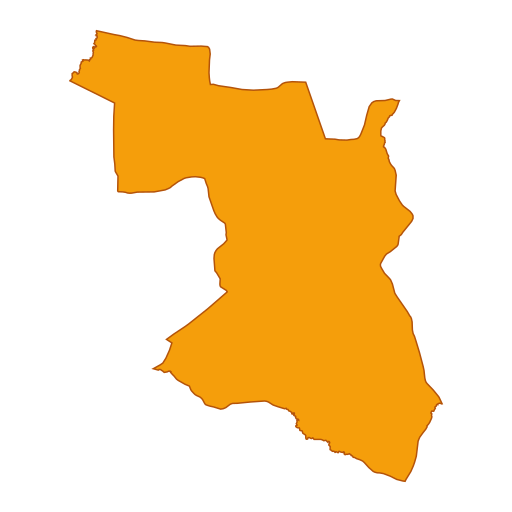 outline of Mueang Roi Et, Roi Et, Thailand
{"feature_id": "78962969B98295189925556", "entity_name": "Mueang Roi Et", "entity_type": "district", "adm_level": 2, "iso_a3": "THA", "parent_name": "Thailand", "parent_adm1": "Roi Et", "projection": "orthographic", "projection_center": [103.568, 16.014], "detail": "fine", "context": "isolated", "style": "filled", "palette": "amber", "viewbox_px": 512, "rotation_deg": 0, "n_neighbors": 0, "source": "geoboundaries", "source_scale": "gbopen_adm2", "svg_char_len": 5933}
<svg xmlns="http://www.w3.org/2000/svg" viewBox="0 0 512 512"><path d="M442.1,403.8L439.0,397.2L438.2,396.1L433.3,390.1L427.0,383.5L426.0,382.1L425.4,380.6L424.8,378.0L424.0,370.5L423.2,366.7L419.5,352.7L416.3,342.1L414.5,336.4L413.1,333.5L412.4,330.0L412.1,321.9L411.4,318.6L410.6,316.8L409.7,315.8L407.3,311.6L397.1,296.9L394.8,293.2L392.4,284.0L390.6,279.9L389.5,278.5L384.5,273.3L381.6,268.4L380.5,266.2L380.4,264.4L380.7,263.4L384.7,256.2L386.5,254.0L390.4,251.6L396.8,246.4L397.7,245.2L398.1,244.2L399.1,237.0L399.1,236.3L401.3,234.6L402.7,232.4L411.6,221.4L413.0,218.5L413.0,215.8L412.3,214.2L410.1,211.4L403.7,206.4L402.2,204.9L399.5,200.9L396.1,194.4L395.1,190.9L396.2,175.2L395.2,170.7L394.5,168.8L393.9,167.9L391.9,165.8L390.8,164.4L389.4,161.8L388.9,159.5L388.2,158.2L388.6,156.1L387.2,153.7L385.8,149.2L384.5,147.3L384.1,147.3L383.5,146.8L383.6,145.8L384.3,144.4L384.6,142.8L385.1,142.5L384.9,141.7L385.1,140.9L384.7,140.1L384.8,138.8L384.5,137.7L382.2,136.4L381.1,136.0L380.8,135.3L380.8,131.0L381.5,128.0L382.4,127.0L384.4,125.2L385.1,123.8L385.2,123.0L386.3,122.1L387.5,119.9L388.1,118.2L389.6,116.6L389.7,115.8L390.2,115.5L392.0,115.3L392.4,114.2L393.1,113.7L394.4,112.1L396.4,108.4L398.2,103.6L398.2,103.0L399.4,100.6L395.6,100.5L392.4,99.0L391.0,99.1L385.1,100.5L376.2,100.8L373.7,101.6L371.8,102.9L369.2,106.6L366.7,115.3L364.5,124.9L361.1,133.5L360.1,135.6L359.2,137.0L358.3,137.9L357.2,138.6L354.1,139.3L350.9,139.5L346.9,140.1L339.1,139.9L335.1,139.2L325.4,138.8L305.7,82.2L292.2,81.7L287.3,82.2L285.4,82.5L283.1,83.3L282.2,83.8L278.2,87.3L276.4,88.2L271.7,89.1L267.4,89.5L253.4,90.2L242.0,89.5L230.9,87.5L218.5,85.7L213.4,84.3L210.4,84.5L209.7,81.0L209.3,77.5L209.0,72.7L209.5,59.9L210.2,54.0L209.6,49.2L208.6,47.4L207.5,46.6L201.2,46.1L190.0,46.3L185.4,45.6L175.9,45.1L165.4,43.0L162.1,42.5L154.6,42.2L144.8,40.9L138.5,40.5L135.2,40.1L126.9,37.4L119.8,35.6L114.2,34.6L96.5,30.7L96.3,31.2L96.8,31.5L96.4,32.3L97.1,33.8L95.9,35.0L96.3,35.2L96.3,35.8L97.1,35.9L97.3,37.4L96.9,38.1L96.0,38.5L96.2,39.7L95.8,39.8L95.4,40.3L94.8,40.3L94.6,42.7L93.9,43.7L95.1,44.5L95.4,45.3L96.4,46.0L96.5,46.4L96.3,46.7L95.6,46.5L95.1,47.3L94.5,47.6L93.9,47.4L94.1,46.7L93.9,46.5L93.2,46.8L92.7,47.5L92.8,48.0L93.8,48.5L93.0,49.0L93.7,50.0L92.8,50.9L93.4,52.3L93.1,53.6L93.1,55.1L92.1,57.3L91.6,57.9L90.4,58.1L90.6,59.1L89.7,59.6L89.6,60.0L89.7,60.4L89.3,61.0L88.5,60.2L88.2,60.1L85.7,59.9L84.3,60.0L83.4,59.7L82.5,60.0L82.9,61.2L81.2,62.1L81.2,63.3L80.1,65.3L80.1,67.4L80.4,68.4L79.5,69.5L79.5,70.4L79.0,71.4L79.3,72.3L78.7,73.5L78.3,73.8L77.3,74.0L77.0,73.5L76.9,72.6L75.3,72.0L74.1,71.8L73.4,72.8L72.7,73.1L72.1,73.7L72.2,75.1L72.1,75.9L72.5,77.0L71.8,78.7L70.8,80.0L70.1,80.4L69.9,80.8L114.6,103.0L113.8,116.1L113.6,129.7L113.9,156.9L114.8,164.0L115.2,170.9L115.4,171.6L118.0,176.1L117.7,190.8L117.9,191.3L118.3,191.7L122.7,191.9L125.5,192.3L127.6,193.0L129.8,193.2L131.8,193.1L137.3,192.1L154.2,191.9L165.1,189.9L168.5,188.5L170.4,187.5L171.9,186.1L178.2,181.6L184.2,178.4L186.0,177.8L191.6,176.9L195.5,176.7L200.7,177.3L203.0,177.9L204.7,178.6L206.3,183.6L207.6,186.7L208.1,188.6L209.0,196.8L213.8,210.6L215.2,213.8L217.1,217.0L218.4,218.5L220.4,220.2L224.6,223.0L225.2,223.8L225.4,224.5L226.3,232.6L226.0,234.8L227.0,239.6L226.9,240.2L223.7,243.8L217.5,248.7L216.0,250.6L214.9,252.6L214.3,254.6L214.0,258.5L214.9,270.5L215.2,271.2L216.5,272.6L220.2,278.8L219.9,284.1L220.1,285.8L220.6,286.8L226.3,290.4L227.2,291.7L227.1,292.0L207.5,309.0L188.5,324.1L184.6,326.9L173.9,334.0L166.5,339.4L171.9,342.9L169.5,350.2L165.9,358.2L162.8,363.1L160.3,364.8L153.3,368.7L158.3,370.1L158.9,369.8L159.1,369.4L160.7,369.6L161.4,370.3L162.4,370.8L164.2,372.4L167.2,371.9L168.6,371.2L170.0,371.1L170.2,371.7L170.9,371.9L170.7,372.3L170.8,372.7L171.5,373.2L172.1,374.1L174.1,376.1L176.5,379.1L178.2,380.4L185.1,384.3L189.4,386.1L190.8,389.7L191.5,390.8L193.6,393.1L194.9,394.4L196.4,395.4L199.9,397.0L201.5,398.3L202.6,399.6L204.8,403.7L205.6,404.6L207.3,405.3L210.2,406.2L213.5,406.9L220.6,409.1L223.2,408.7L225.8,407.6L230.3,404.2L232.6,403.4L237.2,403.3L250.2,402.0L264.6,401.0L266.5,401.3L268.4,402.0L273.1,405.0L277.9,406.7L284.5,408.7L285.1,408.7L286.1,408.3L286.8,409.3L288.0,409.5L288.8,410.9L290.1,411.3L292.0,412.7L291.8,413.7L292.1,414.0L293.2,413.9L293.8,412.9L294.1,412.9L294.4,413.8L294.2,414.5L293.7,415.0L293.9,415.4L294.5,415.8L295.6,416.2L295.7,416.5L295.6,417.7L296.5,419.0L298.0,419.1L298.7,419.9L298.7,420.2L298.1,419.8L296.9,420.6L297.1,422.0L296.3,423.7L297.1,425.1L295.8,425.9L295.8,426.4L296.0,426.8L297.3,427.7L299.3,427.9L299.5,428.4L299.8,430.2L300.1,430.5L301.8,430.8L302.3,431.1L302.6,432.6L302.9,433.3L305.3,434.9L305.7,435.4L305.8,437.9L306.0,438.8L306.4,439.2L307.4,439.1L307.7,438.9L308.1,437.6L309.2,437.5L311.1,438.5L311.6,438.5L312.8,437.9L314.1,439.4L320.9,439.4L322.4,439.9L323.8,440.7L325.9,440.3L327.9,442.3L328.4,441.5L329.0,441.5L329.4,441.8L329.7,442.8L328.9,444.3L328.8,445.0L330.2,446.5L330.1,449.6L330.8,450.0L332.4,451.3L333.8,451.2L334.4,451.6L335.1,452.4L335.4,452.3L335.6,451.8L336.0,451.6L338.0,452.7L338.3,452.6L338.9,451.4L339.2,451.3L340.9,452.1L342.9,452.4L343.4,451.9L343.9,451.9L344.4,452.6L344.1,453.8L345.1,454.7L346.0,454.3L347.9,454.3L349.4,453.7L349.9,454.2L350.9,454.6L351.1,455.5L352.5,456.0L353.2,457.3L354.7,457.5L356.5,458.6L359.8,459.7L362.6,461.0L364.2,462.4L368.9,467.6L373.2,471.4L374.9,472.2L377.2,472.8L379.7,472.9L383.5,473.6L390.1,476.1L396.7,479.4L402.9,481.0L405.1,481.3L406.0,479.4L410.9,471.4L413.3,465.9L414.6,462.2L416.3,456.2L418.1,441.2L419.1,438.6L419.8,437.1L423.0,432.7L425.7,429.3L427.1,426.8L426.9,425.9L428.3,424.4L429.6,422.5L431.4,418.6L431.9,416.8L431.5,415.8L431.8,413.8L431.0,413.2L431.0,412.5L431.9,411.0L433.3,411.3L433.9,411.0L434.3,409.8L435.3,408.4L434.9,407.5L434.9,407.1L436.3,406.0L436.4,405.1L436.8,404.5L437.8,404.7L437.8,403.9L439.3,403.2L441.0,403.5L441.6,403.9L442.1,403.8Z" fill="#f59e0b" stroke="#b45309" stroke-width="1.5"/></svg>